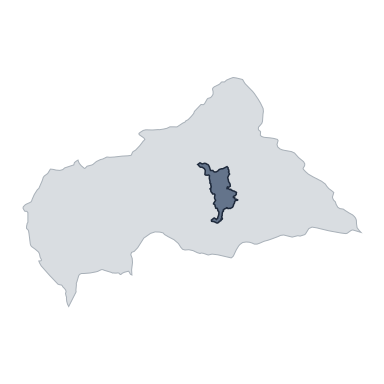 location of Bria, Haute-Kotto, Central African Republic
{"feature_id": "33826404B18938631147464", "entity_name": "Bria", "entity_type": "district", "adm_level": 2, "iso_a3": "CAF", "parent_name": "Central African Republic", "parent_adm1": "Haute-Kotto", "projection": "mercator", "projection_center": [22.039, 6.617], "detail": "fine", "context": "in_parent", "style": "filled", "palette": "slate", "viewbox_px": 384, "rotation_deg": 0, "n_neighbors": 0, "source": "geoboundaries", "source_scale": "gbopen_adm2", "svg_char_len": 6126}
<svg xmlns="http://www.w3.org/2000/svg" viewBox="0 0 384 384"><path d="M273.6,138.4L277.4,139.4L278.1,140.6L277.0,144.5L277.7,146.9L279.9,148.9L282.1,149.8L284.2,150.3L291.5,151.6L294.5,153.0L298.5,157.5L303.6,161.7L304.8,163.9L304.6,165.8L303.1,168.3L303.3,169.2L305.6,171.7L308.3,174.1L313.1,176.9L321.5,181.2L325.4,184.1L326.7,186.2L328.8,188.6L331.8,190.8L333.8,192.5L332.4,197.2L332.9,198.7L333.6,200.1L335.4,201.9L336.1,204.3L337.8,207.3L339.9,208.6L343.3,209.1L345.2,210.5L349.0,212.9L352.6,214.9L354.2,216.4L355.2,217.6L356.0,219.1L356.4,220.6L356.5,223.7L357.1,227.7L359.1,230.4L361.0,232.4L353.4,230.1L352.3,230.0L351.0,230.5L347.1,233.3L345.8,233.6L340.9,233.0L328.9,230.8L319.7,228.6L317.0,227.9L312.0,227.1L308.8,228.6L305.7,233.6L304.8,234.6L300.1,236.1L297.8,235.7L292.2,237.1L283.7,235.0L280.6,235.4L278.2,236.5L272.1,238.8L268.4,240.1L264.0,241.3L259.9,243.1L257.1,244.1L254.4,244.1L252.0,243.0L249.3,242.2L246.1,242.0L242.7,242.5L239.9,244.5L238.7,245.9L236.3,249.8L233.4,256.0L232.2,257.2L231.2,257.9L217.8,254.8L212.1,254.1L208.2,255.0L203.3,253.3L201.1,253.0L200.1,253.5L197.4,252.7L193.0,250.6L188.8,249.7L185.0,250.0L182.6,249.3L180.8,247.3L178.4,243.5L174.0,239.7L168.2,236.7L164.5,234.5L163.1,232.9L159.9,232.1L155.1,231.9L150.5,233.4L143.8,238.1L137.7,247.7L134.2,251.4L131.5,252.4L130.8,254.7L132.2,258.4L132.5,262.6L131.6,269.8L131.9,275.0L130.4,274.2L129.0,271.7L128.4,271.2L124.3,272.3L122.2,273.3L121.1,274.3L120.2,274.5L118.9,273.1L117.9,272.9L116.3,273.1L114.7,273.1L113.6,272.9L112.9,273.1L111.0,272.3L104.0,270.2L102.8,269.6L101.4,269.6L97.7,271.4L95.8,271.9L90.0,273.0L83.8,273.5L81.4,273.5L79.8,274.3L78.8,275.4L76.8,282.1L76.3,283.2L76.4,284.9L75.9,290.2L76.1,291.9L68.7,306.5L67.5,304.1L66.7,301.2L66.4,298.0L66.6,297.1L66.1,296.1L65.5,293.4L66.1,291.7L65.6,289.9L64.1,288.1L62.8,286.8L62.1,285.5L61.4,285.0L60.0,284.8L58.0,284.2L49.8,275.6L41.2,265.9L39.5,262.8L38.8,261.0L40.9,260.8L41.4,260.4L41.4,259.6L40.1,257.1L39.5,254.0L38.5,252.0L35.1,249.1L31.9,246.8L30.9,245.7L30.3,244.0L29.0,233.6L28.5,230.6L27.5,229.3L26.7,228.7L26.5,228.0L26.6,226.1L27.0,224.4L27.0,223.8L27.9,222.3L27.9,212.6L26.8,211.3L24.9,211.3L23.9,209.9L23.0,208.1L23.3,206.8L25.1,204.9L26.4,204.1L30.0,202.5L31.1,201.8L31.7,200.8L32.1,199.5L34.3,194.5L37.4,189.6L38.8,188.5L42.0,181.2L42.7,179.3L43.2,177.5L44.3,176.0L47.7,173.5L50.4,169.1L53.2,169.4L56.1,170.1L59.9,170.4L62.8,169.6L64.7,167.9L73.8,164.9L74.4,162.6L75.9,161.4L77.5,160.3L78.1,160.1L78.2,160.9L79.3,163.4L81.3,165.8L84.4,168.4L85.2,168.2L87.1,166.2L91.8,165.0L93.0,164.4L96.4,161.5L100.4,159.6L102.8,159.0L106.9,157.0L109.8,157.3L114.4,157.0L122.2,156.1L127.9,155.8L130.7,155.4L131.4,155.0L132.5,152.2L133.4,151.4L135.5,150.2L139.6,145.9L142.3,142.4L143.2,141.1L143.7,140.8L144.9,139.3L143.7,137.8L139.1,134.6L139.2,134.2L138.9,133.6L139.1,133.2L140.9,131.9L143.3,130.4L145.8,129.8L152.5,130.0L158.1,129.6L159.5,129.7L163.9,129.0L166.9,128.3L170.0,126.8L177.0,126.9L182.9,123.0L184.6,122.3L185.3,121.7L185.5,121.1L188.2,119.6L191.3,116.4L193.7,113.5L194.4,111.4L201.0,104.5L203.3,104.7L204.5,103.8L207.1,99.2L207.9,98.4L210.6,97.6L211.9,96.2L213.1,94.2L213.1,91.6L212.6,89.6L212.6,88.6L213.2,87.7L214.3,86.8L219.3,84.3L220.6,83.1L221.3,82.1L222.7,81.9L224.3,82.0L225.3,81.3L226.4,80.2L229.8,78.7L233.1,77.5L236.5,78.0L242.6,79.5L244.5,82.8L245.3,83.9L252.9,91.7L254.4,93.6L258.2,99.2L260.5,103.1L263.1,108.5L263.4,111.5L263.0,114.1L262.5,121.3L261.8,123.4L258.5,127.2L258.3,129.0L259.0,130.4L260.0,131.0L260.6,131.8L260.3,135.1L261.4,136.4L264.0,137.3L270.3,137.9L273.6,138.4Z" fill="#d9dde1" stroke="#a8b0b8" stroke-width="1"/><path d="M230.3,186.2L230.1,184.3L229.8,183.4L229.1,182.4L228.5,181.3L228.4,179.8L228.1,179.3L227.7,177.5L229.0,174.7L229.6,174.1L229.3,173.4L228.5,172.0L229.0,171.3L228.6,169.5L228.1,169.1L228.1,167.8L227.0,166.6L222.9,168.7L221.4,168.8L219.2,169.5L217.7,171.1L216.1,171.9L214.6,172.0L213.7,171.6L212.9,170.5L210.5,170.5L209.4,166.9L208.4,165.0L207.6,164.4L206.9,164.3L205.9,163.5L204.3,163.3L202.9,163.8L202.1,163.9L200.0,162.8L197.7,164.5L198.5,165.2L199.6,166.6L200.5,167.2L202.1,167.2L204.3,168.6L205.3,170.4L205.1,172.6L204.9,174.4L205.4,175.0L206.9,175.2L207.7,175.2L208.6,175.0L209.1,175.2L209.5,175.7L209.4,176.6L209.3,178.5L209.5,179.2L210.0,181.4L209.9,183.0L210.1,183.4L210.6,183.5L210.8,183.8L210.8,184.0L210.7,185.0L211.2,186.1L211.2,186.7L210.9,186.9L210.9,187.2L211.1,187.7L210.9,188.2L210.0,188.8L210.1,189.1L210.3,189.4L210.8,189.7L210.8,191.2L211.1,191.7L211.6,192.7L212.3,193.0L212.6,194.0L214.5,194.0L214.8,194.5L215.0,195.0L214.7,196.1L214.5,197.9L214.8,198.9L215.6,200.2L214.8,201.6L213.6,203.3L213.5,203.9L214.7,204.7L215.1,205.3L215.1,206.3L215.6,207.2L215.6,208.0L215.9,208.3L217.3,208.4L217.5,208.9L217.9,210.8L218.5,211.3L218.9,212.1L218.9,212.3L218.8,214.2L218.4,215.8L217.8,217.3L217.6,218.4L216.9,218.8L216.5,219.5L214.4,218.0L213.9,218.1L211.4,220.1L211.6,221.3L214.2,221.7L215.1,222.2L215.7,222.3L216.3,222.9L217.7,223.0L218.0,222.7L218.5,222.5L218.9,222.2L219.1,221.5L219.6,221.2L220.6,220.9L221.4,219.9L221.4,219.6L221.1,219.4L221.0,219.2L221.6,219.0L221.9,219.1L222.3,219.1L222.4,218.7L222.3,218.2L221.7,217.3L221.6,216.8L221.7,216.3L222.1,216.0L222.2,215.7L222.1,214.9L222.2,214.3L222.4,212.5L222.6,211.9L223.4,211.2L223.5,210.8L223.5,210.5L223.2,210.1L224.6,208.8L225.5,208.6L226.4,208.2L226.5,207.7L227.3,207.8L227.8,208.5L228.2,208.6L229.4,208.3L230.2,208.5L232.5,207.3L233.4,205.7L233.5,204.7L234.6,202.8L234.6,201.5L235.2,201.0L235.4,200.7L236.7,200.2L237.0,200.4L237.6,200.2L237.7,199.9L237.3,199.6L236.8,199.6L236.5,199.5L236.3,199.2L235.6,199.2L235.1,199.1L234.8,198.6L234.7,197.7L233.5,197.6L233.3,197.0L233.6,196.4L234.1,196.2L234.5,195.8L235.3,195.7L235.6,195.4L235.8,194.8L236.3,194.3L236.2,193.7L236.5,192.5L236.1,192.1L235.2,191.8L234.5,191.2L233.9,191.1L233.3,190.9L232.8,190.8L232.5,190.6L232.3,190.4L232.0,190.3L231.6,190.3L231.4,190.0L231.1,189.9L230.8,189.3L230.3,189.3L230.1,189.5L229.6,189.5L228.6,188.7L227.0,188.6L227.2,187.3L227.5,186.9L227.9,187.0L228.4,187.2L228.8,187.2L229.5,186.8L230.3,186.2Z" fill="#64748b" stroke="#1e293b" stroke-width="1.5"/></svg>